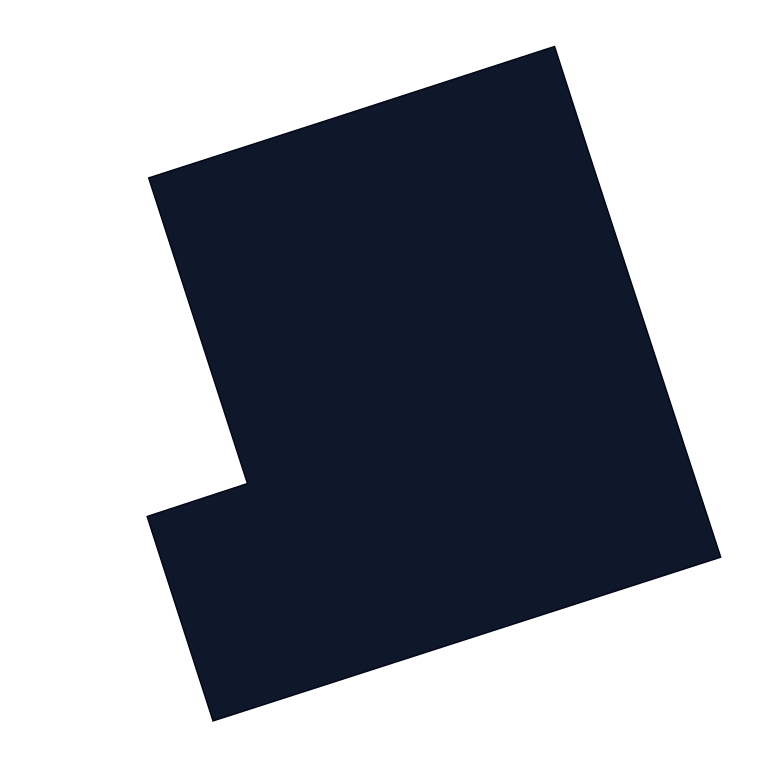 Stafford, Kansas, United States of America, rotated 342°
{"feature_id": "52423323B77202470404370", "entity_name": "Stafford", "entity_type": "district", "adm_level": 2, "iso_a3": "USA", "parent_name": "United States of America", "parent_adm1": "Kansas", "projection": "mercator", "projection_center": [-98.772, 38.043], "detail": "fine", "context": "isolated", "style": "filled", "palette": "ink", "viewbox_px": 768, "rotation_deg": 342, "n_neighbors": 0, "source": "geoboundaries", "source_scale": "gbopen_adm2", "svg_char_len": 303}
<svg xmlns="http://www.w3.org/2000/svg" viewBox="0 0 768 768"><g transform="rotate(342 384 384)"><path d="M126.3,651.6L650.7,652.7L650.2,224.3L650.5,115.8L643.4,115.7L429.3,115.7L223.9,115.3L223.4,436.5L117.8,436.8L117.3,651.6L126.3,651.6Z" fill="#0f172a" stroke="#020617" stroke-width="1.5"/></g></svg>